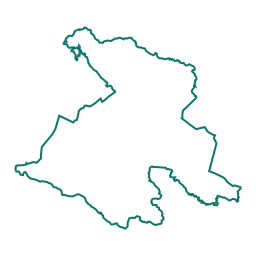 Asūnes pag., Dagdas, Latvia (Albers equal-area conic projection)
{"feature_id": "27541924B76064426584582", "entity_name": "Asūnes pag.", "entity_type": "district", "adm_level": 2, "iso_a3": "LVA", "parent_name": "Latvia", "parent_adm1": "Dagdas", "projection": "albers", "projection_center": [27.598, 56.039], "detail": "fine", "context": "isolated", "style": "outline", "palette": "teal", "viewbox_px": 256, "rotation_deg": 0, "n_neighbors": 0, "source": "geoboundaries", "source_scale": "gbopen_adm2", "svg_char_len": 5767}
<svg xmlns="http://www.w3.org/2000/svg" viewBox="0 0 256 256"><path d="M216.5,143.5L213.8,137.9L215.1,135.3L212.4,134.5L208.8,132.4L207.3,131.1L204.7,127.1L196.2,129.1L190.2,124.9L181.8,118.3L182.4,118.0L182.3,115.4L182.9,110.7L196.0,98.1L196.3,97.3L196.0,96.1L194.8,95.9L194.3,94.6L192.2,92.5L191.8,91.4L192.0,90.1L193.9,87.7L194.0,85.9L195.4,86.5L194.6,84.3L195.3,81.8L195.0,80.4L196.3,79.7L196.5,78.4L196.1,76.9L194.9,75.4L194.8,74.0L192.1,71.6L192.7,71.0L192.6,70.3L194.6,69.8L194.8,69.0L194.3,67.4L193.0,66.0L191.3,65.5L189.6,64.2L188.6,64.5L188.0,65.2L186.2,65.5L184.5,64.4L183.7,62.9L181.2,63.1L179.5,62.2L179.6,61.5L179.1,60.8L177.9,60.8L177.4,60.1L176.3,60.8L174.8,61.0L172.4,59.1L171.8,59.7L170.9,58.9L169.7,59.5L169.7,58.6L168.8,58.3L164.4,59.3L162.4,58.4L159.1,58.2L157.3,56.5L156.8,54.9L156.7,53.7L156.0,53.1L155.2,53.2L154.7,54.4L153.4,55.2L150.4,53.9L146.3,51.1L144.6,48.3L143.2,48.4L141.1,47.3L138.9,47.5L136.9,46.5L136.3,45.6L135.9,42.9L135.3,42.4L135.6,42.0L134.9,41.1L132.8,39.8L131.4,37.9L128.6,37.7L126.7,38.6L124.9,38.3L123.6,39.4L121.1,38.0L119.0,37.7L117.0,38.6L115.2,38.5L111.0,41.0L107.5,40.5L103.9,41.5L102.7,43.0L101.2,42.5L99.7,42.7L99.1,42.1L98.4,40.5L96.5,39.7L95.1,38.4L93.6,35.0L91.3,33.6L91.1,33.3L91.3,32.3L90.7,31.7L90.7,30.4L90.4,30.0L88.1,29.7L86.0,27.9L84.7,27.4L84.3,27.6L83.9,28.7L82.6,29.4L80.0,29.3L79.6,30.1L78.3,29.4L75.1,31.1L74.5,31.7L74.5,32.3L74.1,32.7L73.7,34.1L72.0,36.1L70.1,35.6L68.1,36.2L67.3,37.6L66.0,38.3L65.6,39.6L66.5,41.9L64.7,41.4L63.5,43.7L64.4,44.2L66.0,44.0L67.2,44.8L67.4,45.1L67.6,46.4L69.1,47.8L73.9,47.3L74.3,48.1L74.3,48.5L71.6,50.0L71.4,51.2L73.9,51.7L74.2,52.8L75.4,54.5L75.7,55.6L75.3,58.5L76.7,60.3L77.1,60.2L77.4,59.1L77.1,57.9L78.6,54.5L79.0,54.3L79.5,55.1L79.8,53.4L80.6,53.5L80.8,53.2L79.4,51.3L79.6,50.0L79.0,49.7L78.9,49.3L77.2,48.2L75.8,48.1L76.3,47.6L78.6,47.4L78.9,46.9L79.0,45.6L79.8,46.5L79.8,47.0L79.3,47.2L79.8,49.2L80.6,50.1L81.5,52.0L83.5,54.6L83.9,54.7L84.5,53.6L85.1,54.1L85.3,54.6L84.9,55.4L85.3,56.6L86.9,57.1L87.9,60.1L88.4,63.1L89.7,64.4L89.5,65.2L89.9,65.8L92.0,67.5L93.2,69.3L96.5,71.4L101.3,78.0L102.5,78.7L105.8,81.7L107.2,82.4L107.3,84.1L106.1,85.3L106.6,86.4L107.8,86.5L110.1,85.6L110.9,85.9L111.8,87.1L112.2,88.7L113.8,90.5L114.5,90.6L115.1,91.4L115.2,91.9L108.5,96.7L104.5,100.3L102.1,101.9L100.6,98.5L94.8,103.5L90.1,106.4L89.5,106.0L88.1,106.3L86.8,105.6L84.6,105.7L83.3,108.1L81.6,108.2L79.0,110.7L77.0,119.8L74.8,120.5L73.3,122.5L59.2,115.7L55.5,128.6L53.9,131.6L52.3,134.3L41.8,147.0L40.9,155.7L41.0,158.4L40.7,158.7L36.6,162.8L33.4,162.0L27.7,163.9L26.4,162.9L25.7,164.7L23.5,165.2L18.1,165.3L16.0,166.1L15.4,169.2L16.3,171.5L18.9,171.5L20.4,174.6L23.1,175.1L23.2,174.1L24.0,172.4L25.6,172.1L27.0,174.5L27.3,175.5L30.1,178.4L36.3,179.8L40.0,181.7L41.8,181.2L44.8,181.6L47.4,182.1L48.8,183.2L50.2,183.3L52.1,184.6L53.0,186.4L54.0,187.2L56.2,187.5L57.7,188.5L60.7,189.9L61.5,191.3L61.7,192.9L62.3,195.0L64.4,194.8L67.8,196.0L72.6,196.4L77.9,194.2L79.6,194.6L81.5,195.8L82.7,196.1L85.0,198.0L86.1,201.7L87.0,202.2L88.2,204.0L89.9,204.8L91.6,206.8L93.4,207.6L96.1,209.7L98.4,212.7L99.9,213.4L100.2,212.5L101.1,212.7L102.0,214.7L103.0,215.5L103.3,217.7L107.8,221.5L109.5,222.2L111.1,224.4L112.6,224.5L116.5,223.3L117.2,223.9L117.7,225.1L120.2,226.9L121.1,227.3L122.6,227.2L124.2,228.4L125.2,228.6L127.1,226.9L127.7,225.9L127.6,223.3L128.7,219.6L129.4,218.3L131.9,217.7L134.9,218.0L136.4,216.4L137.8,216.2L139.9,217.3L140.1,218.1L139.8,219.9L141.5,221.0L141.6,221.4L143.6,222.0L144.3,221.7L145.1,222.3L147.3,222.7L147.7,221.9L148.8,221.9L149.5,221.5L153.9,224.5L155.5,225.0L161.2,223.6L161.6,223.0L161.7,220.4L163.3,219.6L163.5,219.2L163.3,218.4L163.6,217.7L162.0,215.7L162.5,213.8L161.5,211.2L159.0,209.5L159.0,207.7L156.7,206.8L156.5,204.9L153.3,205.2L152.8,205.0L152.2,203.6L151.7,203.3L151.8,202.7L151.3,201.3L152.5,198.9L155.2,198.5L156.9,198.6L158.1,199.2L159.8,198.3L161.2,196.5L161.3,195.8L160.7,194.5L159.2,194.1L159.0,193.6L159.3,192.5L159.9,192.0L159.3,190.7L159.1,189.4L154.9,185.3L153.8,183.3L152.3,182.1L151.2,181.9L151.0,181.2L149.4,180.7L150.2,179.9L148.8,176.8L149.0,176.5L149.2,173.9L148.5,173.2L149.0,172.7L149.7,170.7L149.8,168.6L150.1,167.6L151.4,166.7L152.3,166.5L153.3,167.2L154.4,166.9L166.0,167.8L166.7,169.2L168.5,169.1L171.6,170.0L172.0,170.5L172.2,171.7L170.8,172.8L171.0,174.2L169.9,175.9L170.3,176.8L172.1,177.5L174.8,177.3L174.2,178.2L173.9,179.6L174.7,180.9L175.8,180.6L175.6,179.8L176.2,179.5L178.7,180.6L179.2,181.2L179.2,182.0L179.8,183.0L183.1,185.6L184.1,187.2L185.5,188.0L186.5,191.5L188.8,193.5L188.8,194.4L190.3,193.9L190.5,194.0L190.4,194.8L190.6,194.9L191.0,194.2L192.3,194.1L192.4,194.3L191.8,194.8L191.9,195.1L193.1,194.4L194.3,196.5L194.7,196.5L195.2,195.8L195.5,195.8L195.3,196.5L195.6,196.8L196.5,196.8L197.6,197.6L198.8,197.4L199.0,197.9L198.0,199.1L198.1,199.8L199.1,199.9L199.0,200.5L199.5,201.0L201.2,200.5L202.2,200.9L202.3,201.2L201.5,201.8L201.4,202.5L203.3,202.0L203.5,202.3L203.3,203.1L205.0,203.3L206.3,204.9L206.6,204.9L207.0,204.0L208.0,203.9L208.2,204.3L209.4,204.5L212.8,203.0L214.6,203.1L214.6,203.7L213.8,204.5L213.8,205.1L217.0,205.2L217.6,204.4L217.5,203.7L217.9,203.3L216.4,202.5L216.3,201.5L217.0,200.6L216.9,199.9L216.3,199.7L216.3,199.2L216.7,199.0L216.4,198.7L216.8,198.6L216.9,198.1L217.4,198.2L217.5,197.9L217.3,197.0L217.6,196.7L217.4,196.1L217.6,195.9L218.5,196.3L219.4,196.0L219.8,196.5L223.2,197.6L224.6,197.5L229.3,200.5L230.2,200.3L232.6,199.0L233.9,199.0L236.2,199.8L236.4,200.2L236.4,201.0L237.0,201.6L237.4,201.7L238.3,200.8L238.0,198.2L238.8,197.4L238.1,196.3L238.2,194.4L237.8,192.7L238.1,191.6L237.8,191.4L240.6,188.5L240.5,187.2L234.7,185.4L233.0,186.2L227.7,182.3L225.0,178.8L223.1,177.3L214.3,173.1L209.1,171.2L216.5,143.5Z" fill="none" stroke="#0f766e" stroke-width="2"/></svg>